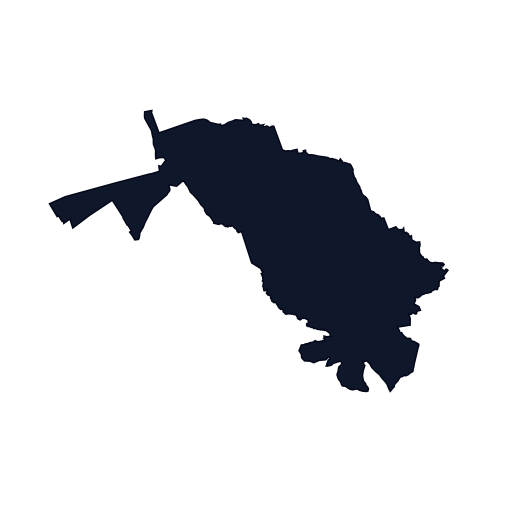 the district of Vetagrande, Zacatecas, Mexico, rotated 249°
{"feature_id": "50627088B7628264143957", "entity_name": "Vetagrande", "entity_type": "district", "adm_level": 2, "iso_a3": "MEX", "parent_name": "Mexico", "parent_adm1": "Zacatecas", "projection": "mercator", "projection_center": [-102.495, 22.871], "detail": "fine", "context": "isolated", "style": "filled", "palette": "ink", "viewbox_px": 512, "rotation_deg": 249, "n_neighbors": 0, "source": "geoboundaries", "source_scale": "gbopen_adm2", "svg_char_len": 6129}
<svg xmlns="http://www.w3.org/2000/svg" viewBox="0 0 512 512"><g transform="rotate(249 256 256)"><path d="M167.0,418.7L167.7,424.0L169.7,423.8L169.9,423.5L173.9,430.1L175.4,429.2L175.6,428.5L174.4,426.5L178.1,424.3L178.6,425.2L180.3,424.3L181.4,425.8L179.5,426.8L180.7,428.6L182.6,427.8L184.5,423.2L185.2,422.4L185.8,420.9L186.1,419.1L186.7,417.6L187.9,416.0L190.3,414.8L191.8,414.5L192.2,413.8L192.0,413.3L192.6,412.4L193.4,411.7L195.2,411.6L196.7,410.5L200.0,409.7L205.6,411.5L206.1,412.2L207.5,413.1L210.5,413.8L211.4,410.5L214.5,407.7L215.6,407.3L219.2,408.3L219.3,406.2L222.5,406.0L223.4,405.1L224.1,405.0L224.6,402.7L229.0,403.8L228.4,403.0L228.3,401.6L228.7,401.1L228.7,400.1L230.5,397.7L233.1,397.1L233.1,389.0L245.7,389.0L246.3,386.3L248.7,385.8L249.9,384.8L250.4,385.1L252.4,382.8L255.3,381.5L256.4,379.8L257.0,379.4L257.5,379.2L268.7,380.5L272.4,379.3L272.9,378.6L275.6,377.3L280.4,377.6L281.0,377.2L283.4,377.6L288.9,376.5L292.3,376.6L294.6,376.0L299.4,376.5L300.6,376.8L301.5,377.5L302.6,377.6L306.6,377.2L307.9,376.8L311.6,372.1L312.0,370.3L313.6,370.5L314.7,369.9L316.4,369.6L316.1,368.9L315.1,368.5L314.7,367.7L317.8,364.6L318.0,364.0L319.5,362.3L320.0,360.8L321.0,359.0L321.8,358.8L322.9,357.2L327.2,349.5L329.4,346.4L331.0,343.3L331.3,342.0L332.2,340.9L333.4,340.5L334.4,339.7L337.0,340.1L337.3,337.9L335.3,337.4L336.7,332.0L340.9,332.5L341.6,327.0L341.3,326.6L342.9,323.4L343.3,321.1L344.3,320.4L345.3,318.7L370.8,319.1L371.2,318.3L371.0,317.4L371.4,317.4L371.4,316.6L370.8,314.4L372.9,313.5L373.6,312.1L373.7,309.6L375.5,309.2L375.9,310.0L376.6,306.3L378.7,305.7L378.6,303.2L379.3,301.2L380.6,299.3L382.8,299.6L385.4,298.8L388.0,296.5L388.4,294.7L389.2,293.4L387.2,293.5L387.2,292.7L390.6,285.5L390.4,283.4L390.6,277.5L389.7,273.5L390.2,270.4L392.0,269.9L392.1,269.0L391.7,269.0L396.6,261.7L398.0,260.2L398.6,260.2L400.5,258.9L402.5,256.3L403.6,252.2L404.4,247.8L405.7,209.6L427.3,209.8L429.2,210.9L430.5,203.7L426.3,201.9L424.1,201.5L410.5,203.4L404.6,202.3L402.4,202.2L397.1,200.3L391.0,200.3L386.0,198.3L382.7,197.3L382.5,198.8L382.6,200.1L381.1,205.2L377.7,206.2L376.5,203.9L373.6,199.8L375.0,197.6L369.7,196.3L370.3,187.9L370.8,185.4L374.7,149.7L379.7,99.3L378.8,81.9L364.0,84.5L364.2,86.1L357.9,87.3L358.1,88.6L355.3,88.2L357.2,95.5L347.8,95.0L353.6,115.1L359.6,141.8L339.5,146.0L339.2,145.5L331.0,146.8L330.4,147.5L324.1,148.7L323.6,146.6L319.2,147.9L314.5,148.6L313.6,152.1L314.7,153.4L319.3,156.0L323.3,161.0L326.7,164.1L337.3,175.7L338.8,177.7L345.1,194.7L346.3,196.1L347.4,198.2L348.7,199.4L352.2,199.9L353.3,200.8L349.6,206.9L352.3,214.4L351.1,215.6L346.6,216.6L346.0,217.5L344.8,217.2L338.9,217.7L335.3,219.5L328.3,222.1L323.8,222.9L319.7,224.7L318.3,224.8L316.9,224.3L312.7,225.0L309.6,227.1L308.3,227.5L302.5,228.8L301.8,228.3L298.9,232.4L298.7,233.0L299.0,234.6L298.7,235.2L296.9,236.9L295.8,237.2L294.6,238.0L294.2,238.5L294.5,239.3L294.4,239.9L293.4,239.9L293.2,240.2L294.1,240.9L292.8,242.9L292.7,243.5L293.2,244.1L292.9,244.8L290.0,245.9L287.6,247.5L286.4,247.1L284.1,247.9L284.0,251.3L251.1,249.5L242.0,256.4L241.5,255.9L239.9,256.0L239.0,257.1L237.9,256.0L237.8,254.6L233.7,254.7L232.4,254.2L231.4,254.2L230.4,253.0L230.1,253.1L229.7,253.8L226.7,252.6L226.1,251.9L225.1,251.5L224.5,251.7L220.8,251.0L220.3,252.0L220.9,254.6L219.5,254.5L218.6,253.2L217.5,252.4L215.0,253.3L214.8,254.6L214.4,255.0L211.8,254.9L211.3,254.5L210.5,255.1L209.2,254.6L208.3,254.7L206.0,256.0L205.7,257.4L205.1,258.0L203.1,258.1L201.6,258.7L200.7,258.5L199.1,259.0L197.3,259.9L197.1,261.4L195.5,261.8L194.3,261.4L191.1,262.8L189.9,267.2L188.9,268.2L189.1,269.3L188.0,270.0L187.1,271.7L186.5,272.2L184.9,272.5L184.3,273.0L183.0,272.4L181.8,273.0L181.5,274.1L180.9,274.0L180.5,274.3L181.2,276.7L181.5,276.9L181.2,277.9L180.7,278.1L180.7,278.7L180.2,279.2L180.0,280.1L179.6,280.0L179.4,280.6L178.7,280.7L178.5,281.3L177.7,281.5L177.6,281.8L176.8,281.7L175.9,281.2L175.1,281.2L174.5,280.2L174.7,279.2L172.8,278.3L172.3,279.0L171.6,279.3L170.8,280.9L169.6,281.9L169.0,282.9L169.1,283.2L168.6,283.5L168.4,284.1L167.6,283.9L167.0,285.7L165.5,287.1L164.1,289.8L163.9,289.8L163.9,291.0L163.1,291.5L163.3,291.9L162.7,292.5L162.7,293.0L162.1,293.1L161.8,294.3L158.5,296.6L156.8,297.2L154.3,296.8L155.4,292.8L156.9,290.9L155.0,290.1L154.9,289.7L153.7,290.4L152.6,289.8L153.1,288.4L152.9,286.9L153.4,285.4L153.2,284.9L153.4,284.1L154.6,281.9L155.8,280.9L155.1,278.5L155.8,274.9L155.6,272.9L156.1,271.3L155.9,270.7L156.2,270.1L156.0,268.6L156.7,266.5L152.1,262.2L148.2,263.1L144.5,262.2L140.7,263.7L138.5,268.7L135.7,271.7L135.9,277.7L134.3,283.2L134.2,284.5L136.1,287.9L134.3,288.7L132.3,285.6L129.8,283.4L128.8,282.9L128.2,282.1L127.6,283.2L127.1,287.0L127.5,288.6L128.3,289.1L127.8,292.8L128.1,293.6L127.6,294.9L127.7,296.3L127.4,297.4L125.6,297.6L124.1,297.1L123.1,294.2L122.4,293.3L118.5,291.0L116.2,289.1L112.2,288.8L109.1,289.5L108.6,290.0L105.9,289.7L104.0,290.0L103.3,290.7L102.7,292.3L101.5,293.6L99.9,294.3L98.8,295.5L97.9,296.0L96.4,298.4L95.9,302.2L94.3,304.1L93.6,304.4L91.5,307.3L89.8,310.9L89.9,312.2L91.7,313.3L92.8,313.4L96.6,312.3L97.8,312.6L100.8,311.5L105.8,312.4L110.1,314.7L114.8,318.4L116.4,317.8L118.7,318.0L119.3,318.3L118.5,319.1L118.7,320.2L117.9,322.7L116.8,322.5L114.6,323.6L110.6,324.1L105.4,326.3L100.9,328.8L97.5,329.6L91.4,331.9L89.2,332.4L84.5,332.4L81.5,332.8L84.6,338.1L84.5,338.3L85.5,338.6L86.8,340.0L88.5,343.5L91.2,347.1L91.0,349.8L91.7,351.6L91.0,352.0L90.5,352.9L90.7,355.8L91.7,358.4L91.9,361.0L99.0,365.4L113.4,375.2L114.1,376.0L115.6,376.2L119.5,372.9L121.0,370.9L122.2,370.5L123.3,370.7L124.0,370.1L125.0,367.4L129.2,365.1L132.2,364.5L132.8,363.0L133.2,362.9L135.0,363.1L138.9,362.7L136.2,375.1L142.5,377.6L146.8,377.6L146.0,379.5L146.0,380.3L146.8,381.6L146.6,382.4L144.9,383.7L144.5,384.6L144.8,385.3L146.4,386.3L146.7,387.0L146.4,390.1L150.3,390.0L154.7,386.3L157.8,389.3L158.7,389.1L160.2,389.6L158.9,392.7L159.8,395.9L160.4,396.8L160.4,398.0L160.1,398.8L160.5,400.8L159.8,403.1L159.5,406.5L160.3,407.5L160.7,410.9L160.2,412.5L159.7,412.9L159.8,413.4L161.7,414.8L162.2,415.4L162.2,416.0L166.5,417.8L167.0,418.7Z" fill="#0f172a" stroke="#020617" stroke-width="1.5"/></g></svg>